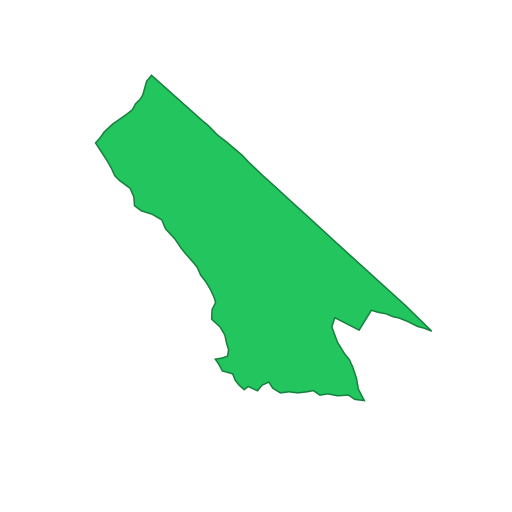 Indianópolis, Paraná, Brazil, rotated 112°
{"feature_id": "56859067B61003865995307", "entity_name": "Indianópolis", "entity_type": "district", "adm_level": 2, "iso_a3": "BRA", "parent_name": "Brazil", "parent_adm1": "Paraná", "projection": "equal_earth", "projection_center": [-52.659, -23.482], "detail": "fine", "context": "isolated", "style": "filled", "palette": "green", "viewbox_px": 512, "rotation_deg": 112, "n_neighbors": 0, "source": "geoboundaries", "source_scale": "gbopen_adm2", "svg_char_len": 1318}
<svg xmlns="http://www.w3.org/2000/svg" viewBox="0 0 512 512"><g transform="rotate(112 256 256)"><path d="M257.1,379.3L256.2,368.2L257.8,356.8L264.7,350.1L270.8,337.2L276.8,328.4L280.2,322.3L283.1,316.4L288.3,306.5L294.5,300.1L299.1,292.3L304.3,285.5L310.1,279.3L314.4,276.0L322.0,276.7L331.2,273.5L335.2,262.9L340.8,255.4L348.2,250.4L353.2,246.3L359.6,244.9L363.5,249.5L366.9,255.1L370.1,250.2L375.2,244.1L374.0,233.5L379.1,228.6L382.0,223.5L384.4,216.9L379.9,214.3L380.4,204.1L373.5,202.0L368.1,196.8L372.3,191.0L373.8,182.1L369.6,174.7L367.3,166.1L362.9,158.0L359.3,152.3L361.1,144.6L356.9,137.8L355.0,127.9L350.3,118.3L351.9,110.5L349.5,101.4L341.0,111.3L331.8,117.0L322.8,124.7L317.0,130.8L313.6,137.1L305.4,148.2L293.4,159.1L283.7,159.8L286.1,132.6L263.1,128.7L262.5,121.9L260.8,113.4L261.0,106.8L259.9,100.0L259.9,91.2L260.8,79.8L259.9,72.7L259.9,64.9L246.2,98.2L212.9,188.5L198.1,227.8L195.0,236.4L191.5,245.9L184.6,264.2L178.5,280.9L171.4,298.7L167.9,306.2L161.1,326.6L158.2,337.2L152.7,349.7L150.8,356.0L144.4,373.8L127.6,420.6L135.0,422.9L149.2,421.3L154.2,422.2L160.0,424.7L166.7,425.4L173.0,429.0L187.1,438.2L197.8,443.2L203.9,444.6L211.3,447.1L223.7,429.4L229.5,422.2L234.5,417.0L237.2,410.7L240.4,398.1L246.8,391.5L254.9,387.5L257.1,379.3Z" fill="#22c55e" stroke="#15803d" stroke-width="1.5"/></g></svg>